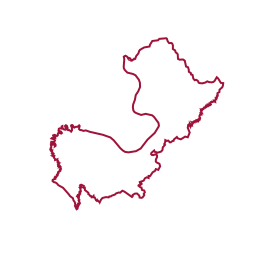 Chiang Saen, Chiang Rai, Thailand (Mercator projection), rotated 303°
{"feature_id": "78962969B57964456122026", "entity_name": "Chiang Saen", "entity_type": "district", "adm_level": 2, "iso_a3": "THA", "parent_name": "Thailand", "parent_adm1": "Chiang Rai", "projection": "mercator", "projection_center": [100.131, 20.291], "detail": "fine", "context": "isolated", "style": "outline", "palette": "rose", "viewbox_px": 256, "rotation_deg": 303, "n_neighbors": 0, "source": "geoboundaries", "source_scale": "gbopen_adm2", "svg_char_len": 5761}
<svg xmlns="http://www.w3.org/2000/svg" viewBox="0 0 256 256"><g transform="rotate(303 128 128)"><path d="M185.6,85.6L183.7,87.4L177.1,91.0L175.9,91.9L174.9,93.7L174.1,97.3L176.0,102.7L176.3,105.6L174.4,110.8L172.5,113.3L168.9,115.8L164.3,116.6L159.8,116.6L155.2,118.5L150.6,119.5L148.0,120.8L145.5,123.1L144.9,124.9L145.0,126.8L146.1,131.9L149.5,135.1L151.8,141.4L151.5,143.7L148.9,150.7L147.0,152.5L146.1,152.9L138.4,153.1L128.9,150.7L117.7,149.8L112.9,147.3L107.8,141.6L106.4,138.6L106.3,136.0L106.9,132.5L109.9,122.8L110.5,118.4L108.6,110.6L104.0,98.0L103.0,93.9L101.3,92.2L100.9,90.2L100.2,88.9L100.4,87.5L103.4,86.3L103.6,85.6L101.5,85.0L100.4,83.4L99.1,82.8L99.0,82.2L100.1,80.4L100.0,79.4L99.4,79.0L98.8,79.0L97.8,80.7L95.6,82.3L94.0,82.3L94.3,80.0L93.5,78.8L93.5,78.1L95.1,77.4L96.5,75.6L96.5,74.4L95.3,74.1L93.8,76.2L92.4,76.3L91.9,75.0L92.1,73.3L93.9,71.9L93.2,71.5L91.3,72.6L90.5,70.9L89.7,70.4L87.9,71.2L88.5,73.8L87.8,75.3L87.0,75.1L86.2,72.3L85.0,72.3L83.6,73.1L82.6,72.8L82.3,70.2L81.0,69.2L80.5,69.8L80.9,71.8L80.1,72.4L79.9,71.1L78.7,70.7L78.1,69.6L77.5,69.5L78.3,72.5L77.7,73.6L76.6,73.6L75.7,73.0L74.7,71.2L73.6,71.6L73.4,72.7L74.9,73.7L75.3,74.7L74.7,76.2L73.6,77.0L72.9,76.7L73.5,76.5L74.1,74.7L73.0,74.2L72.8,72.8L72.2,72.3L70.2,74.1L68.9,74.1L68.7,74.8L67.8,74.7L67.9,75.6L67.0,75.6L66.5,76.9L67.2,76.8L67.3,76.2L67.9,76.7L66.4,77.4L66.0,79.2L65.0,78.5L64.7,80.4L64.4,80.0L64.0,80.2L63.5,79.8L63.7,81.6L62.8,81.9L62.3,83.6L61.4,84.3L63.1,85.6L62.7,85.7L62.6,86.7L61.5,88.2L61.3,87.3L60.9,87.6L61.3,88.6L60.5,88.8L60.8,89.4L59.7,89.1L59.7,89.5L59.2,89.3L58.0,90.1L59.1,91.5L58.8,92.0L57.8,91.9L58.5,92.7L57.4,93.3L57.7,93.5L57.2,94.1L56.4,93.8L55.4,94.6L55.0,94.5L55.2,93.7L53.6,94.0L52.9,93.4L52.1,93.7L51.9,94.3L50.9,94.0L50.5,94.5L50.0,94.0L49.4,94.7L48.1,94.0L47.6,94.6L46.7,94.4L45.8,94.8L45.5,94.3L45.8,93.8L45.0,94.1L43.6,93.1L42.5,93.5L42.2,95.2L42.8,96.9L42.8,98.5L42.1,100.7L42.5,106.1L40.1,114.6L39.3,116.5L39.1,120.1L37.7,121.6L36.8,123.8L35.1,125.4L35.0,126.1L33.8,125.9L31.9,129.1L32.9,129.6L33.5,129.3L33.5,128.3L34.3,128.4L34.4,128.0L35.1,128.4L35.0,128.9L36.2,128.7L36.3,128.0L36.7,128.3L37.2,127.6L37.5,128.6L38.4,128.7L38.6,127.9L39.2,128.0L39.7,126.9L40.4,126.7L40.5,126.1L41.1,126.2L41.1,125.7L43.1,124.6L42.5,123.9L43.3,123.2L43.0,122.5L44.0,122.4L44.0,123.6L44.7,123.9L45.7,123.7L45.7,123.1L46.5,123.6L47.0,122.7L47.8,123.3L48.5,122.8L48.6,122.2L49.5,122.8L51.6,120.4L52.1,120.8L51.7,121.6L52.5,121.0L52.3,119.9L53.3,120.3L53.8,119.0L54.3,119.1L54.3,120.2L55.1,120.2L55.3,122.6L54.7,122.9L53.7,122.7L53.7,123.4L54.4,124.3L52.5,125.6L52.1,130.0L50.9,130.8L51.1,131.7L50.4,133.0L50.8,134.2L50.0,135.2L50.5,135.8L52.3,136.1L51.2,137.1L51.6,138.0L50.0,140.5L50.0,141.1L50.7,141.3L50.1,141.9L50.7,142.4L50.3,143.6L50.7,144.2L50.3,144.8L53.1,144.4L55.4,144.7L58.0,147.1L59.3,149.6L60.4,149.6L61.2,150.8L62.5,151.3L65.0,153.3L66.6,153.6L68.9,155.4L69.4,156.6L72.3,157.4L72.7,159.9L72.3,168.9L73.3,169.1L74.4,168.4L76.7,169.5L78.0,171.3L77.4,174.3L76.0,175.6L76.8,177.4L77.7,178.0L80.6,178.2L81.3,177.1L83.3,177.1L84.4,175.7L83.7,173.4L85.4,171.8L85.0,170.6L85.3,168.2L85.9,168.1L86.9,169.4L88.6,169.9L88.9,169.4L88.4,168.0L89.1,167.3L92.4,169.8L95.0,169.6L96.9,170.6L97.3,172.5L99.0,171.4L99.7,172.7L104.3,172.8L106.7,174.0L108.7,173.7L109.4,176.2L113.4,175.8L115.1,173.8L114.7,170.6L115.1,169.5L116.9,168.5L119.5,168.2L120.9,167.2L120.9,165.3L119.1,164.0L118.4,162.9L118.7,161.6L119.9,161.2L123.4,162.2L122.6,163.4L123.2,165.3L122.9,165.8L126.2,168.6L128.4,168.9L130.7,167.7L134.0,168.2L134.3,167.1L135.8,167.1L138.2,165.9L138.3,167.6L139.4,168.7L138.7,170.8L139.2,171.6L141.6,172.5L142.0,173.2L143.5,172.8L147.1,173.9L146.4,175.3L147.3,178.5L151.9,180.6L152.8,183.2L157.8,182.2L160.7,178.0L163.4,176.8L164.1,177.1L163.8,177.6L164.1,177.5L164.5,178.3L165.4,177.6L164.9,179.1L164.6,178.7L163.7,179.6L164.2,179.5L164.8,180.4L165.8,179.4L166.4,179.9L167.1,179.5L167.5,178.7L167.7,179.9L168.2,180.1L168.8,179.4L169.3,179.6L169.3,180.8L171.2,180.2L170.5,180.9L171.3,180.9L171.0,181.7L171.7,181.6L171.6,182.1L172.0,182.1L171.7,183.2L172.5,183.3L173.4,182.5L174.0,183.6L175.4,183.2L175.3,182.5L176.0,182.5L176.8,181.4L178.2,181.2L179.1,182.2L179.8,180.9L180.3,181.6L180.4,180.9L181.1,181.3L182.0,179.9L182.4,180.2L182.7,179.8L182.9,180.4L183.2,180.4L183.5,179.5L183.8,180.1L184.2,179.8L184.9,180.3L184.5,181.5L185.3,180.7L186.7,180.6L187.1,181.0L187.0,181.7L188.0,182.0L188.0,181.3L189.2,181.3L188.9,182.3L189.6,182.2L189.8,182.8L191.1,181.9L191.6,182.6L191.4,182.9L191.8,183.0L191.2,183.7L191.8,183.9L191.7,184.3L192.1,184.6L192.9,184.7L193.4,183.2L193.7,183.5L194.7,183.3L195.1,184.0L195.9,184.0L196.0,184.9L196.8,185.2L196.8,185.8L196.3,185.9L197.1,185.9L197.5,185.5L197.5,186.8L198.5,186.0L199.8,185.8L200.0,186.2L200.7,185.5L200.8,186.0L201.3,185.7L201.8,186.1L202.4,185.4L203.7,185.7L203.9,185.0L204.7,185.2L205.4,184.3L206.1,184.1L207.9,185.1L209.9,183.9L213.6,184.9L215.5,184.4L217.5,183.4L216.4,181.3L218.6,176.7L218.9,174.8L214.6,175.0L213.1,174.5L211.9,173.4L210.6,170.9L210.3,169.1L208.1,168.0L206.0,166.1L204.6,163.5L204.5,162.5L205.4,161.4L205.6,160.0L205.5,158.8L204.4,157.9L205.0,155.9L207.7,153.2L207.2,151.8L208.3,150.8L208.3,148.4L210.1,147.1L211.6,145.3L211.2,143.2L215.4,138.9L215.4,136.8L213.4,134.0L213.2,132.3L216.7,129.7L217.3,128.7L217.4,126.8L218.7,125.3L218.7,122.6L221.7,120.7L222.9,119.1L222.9,118.1L221.6,116.2L222.4,114.0L224.1,111.9L224.1,111.2L219.8,105.7L217.9,105.4L214.2,101.0L209.8,101.1L208.1,101.7L204.4,97.7L200.1,95.5L198.6,95.4L196.3,96.1L192.8,95.7L189.9,96.4L189.4,95.4L188.4,95.5L187.8,94.7L186.6,94.6L186.2,94.0L186.7,93.4L186.5,93.0L186.9,93.1L187.5,92.1L187.5,91.3L187.2,90.5L186.3,90.5L187.3,88.7L187.3,86.6L185.6,85.6Z" fill="none" stroke="#9f1239" stroke-width="2"/></g></svg>